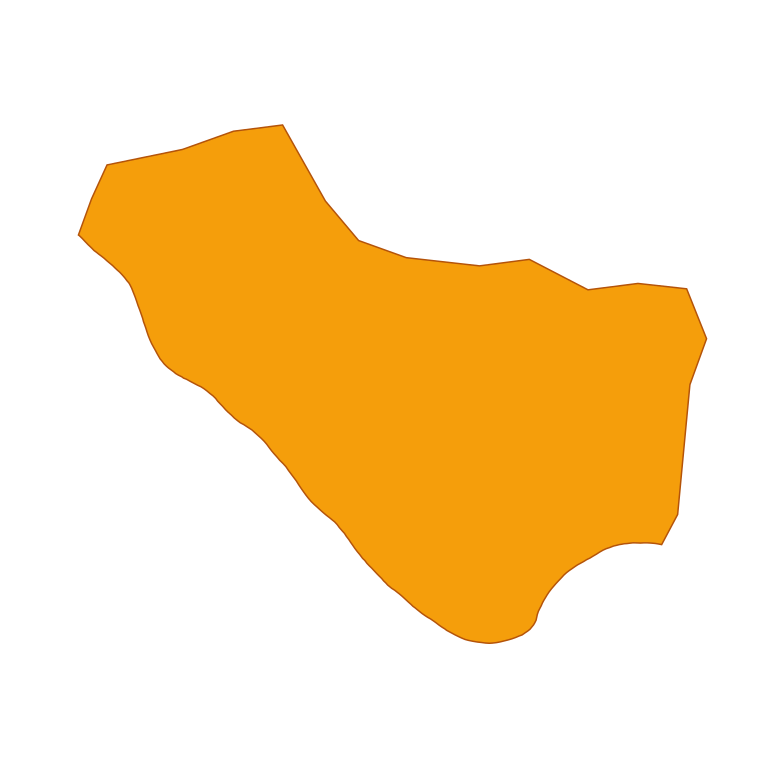 Sinuiju City, P'yŏngan-bukto, North Korea (Robinson projection), rotated 275°
{"feature_id": "82179303B65076017972610", "entity_name": "Sinuiju City", "entity_type": "district", "adm_level": 2, "iso_a3": "PRK", "parent_name": "North Korea", "parent_adm1": "P'yŏngan-bukto", "projection": "robinson", "projection_center": [124.379, 40.084], "detail": "fine", "context": "isolated", "style": "filled", "palette": "amber", "viewbox_px": 768, "rotation_deg": 275, "n_neighbors": 0, "source": "geoboundaries", "source_scale": "gbopen_adm2", "svg_char_len": 3180}
<svg xmlns="http://www.w3.org/2000/svg" viewBox="0 0 768 768"><g transform="rotate(275 384 384)"><path d="M633.2,260.4L622.7,212.0L600.1,162.8L589.1,125.9L578.1,89.0L542.9,76.5L505.8,66.6L505.2,67.6L502.6,70.8L499.8,73.9L496.9,77.2L495.9,78.5L493.8,81.1L491.7,83.5L490.0,86.3L488.3,88.8L486.8,91.3L484.9,94.2L482.6,97.2L480.5,100.2L478.2,103.5L476.1,106.0L474.3,108.3L472.4,110.9L469.9,113.7L467.2,116.5L464.4,119.0L462.5,121.0L461.0,122.1L457.4,124.3L453.2,126.4L449.0,128.5L445.0,130.3L440.8,132.1L436.5,134.2L432.5,136.0L428.5,137.8L425.1,139.0L421.9,140.5L418.8,141.9L415.6,143.2L411.5,145.0L407.4,147.1L404.0,149.0L400.4,151.4L397.6,153.3L394.8,155.1L392.2,156.9L389.5,158.8L387.4,160.9L384.9,163.2L382.9,165.6L381.2,167.9L379.6,170.5L377.9,173.3L376.3,175.5L374.9,178.4L373.6,181.8L372.4,183.8L371.5,186.9L369.6,191.1L368.1,194.7L366.5,198.5L365.3,201.9L363.5,205.3L361.6,208.3L359.4,211.4L357.3,214.7L354.9,217.6L352.5,219.7L350.1,222.4L347.7,225.2L344.6,228.4L342.2,231.3L339.8,234.6L337.0,237.9L334.7,241.3L332.8,244.3L331.4,247.7L329.5,251.2L328.5,253.1L326.7,256.5L324.1,259.9L321.7,263.1L319.3,266.3L316.7,269.4L313.8,272.4L310.7,275.1L307.7,277.8L305.1,280.4L302.2,283.5L299.0,286.7L296.3,290.0L293.1,293.5L289.5,296.4L285.7,299.8L282.6,302.6L279.8,305.1L276.2,307.8L272.5,310.8L269.3,313.5L266.3,316.1L263.4,318.8L260.5,321.8L257.8,325.1L255.5,328.2L253.4,330.9L251.3,333.7L250.2,335.2L248.3,337.9L246.4,340.9L244.2,344.1L242.4,346.8L239.9,349.6L237.1,352.0L234.3,354.9L231.8,357.6L228.8,359.9L225.9,362.6L223.2,364.7L220.5,367.0L217.8,369.2L214.7,372.0L212.0,374.7L208.4,377.9L206.6,380.2L203.9,382.6L201.6,385.2L199.5,387.8L197.6,389.9L195.8,391.9L194.0,393.9L191.9,396.4L190.0,398.7L187.9,400.7L186.0,403.1L184.0,405.2L182.6,407.3L181.1,409.5L179.5,412.6L177.5,415.6L176.5,417.2L174.6,419.9L173.1,421.9L171.0,424.6L168.9,427.3L166.9,430.0L165.0,432.3L163.7,434.5L162.1,436.8L160.3,439.5L158.7,441.9L156.9,445.0L155.3,448.0L154.1,450.7L152.3,453.9L150.7,456.6L148.7,459.7L146.8,463.0L145.4,465.8L144.1,467.8L142.8,470.8L141.7,473.4L140.3,476.6L138.8,480.5L137.7,483.5L136.6,487.0L136.0,490.3L135.5,494.5L135.1,499.4L135.0,503.4L134.8,507.6L134.9,511.6L135.4,514.8L136.2,518.7L137.3,522.5L138.3,525.4L139.7,529.5L141.2,533.4L142.9,537.1L144.7,540.5L146.1,543.5L148.4,546.2L150.4,548.7L152.4,550.8L155.2,552.7L157.1,554.0L159.2,555.0L162.0,556.1L164.4,556.4L167.6,556.8L171.0,557.6L173.8,558.7L176.9,560.0L179.7,560.9L182.7,562.2L185.1,563.4L188.2,564.9L191.3,566.6L194.6,568.7L197.1,570.5L199.9,572.5L202.5,574.5L205.5,576.9L209.4,579.9L212.1,582.4L214.3,584.8L216.6,587.6L218.8,590.2L220.8,592.7L222.5,595.3L224.5,598.3L226.7,601.2L228.6,604.4L230.7,607.2L233.1,610.6L235.3,613.4L237.6,616.7L239.3,619.7L240.8,623.2L242.6,626.8L243.5,629.6L244.5,632.4L245.1,634.8L245.8,637.2L246.2,639.9L246.9,643.0L247.5,646.0L247.7,649.3L247.9,653.4L248.4,656.7L248.7,660.3L248.8,663.8L248.8,664.6L248.8,666.6L248.8,668.0L248.6,670.8L248.2,674.6L279.6,687.9L338.9,688.3L410.0,688.8L444.9,698.1L457.2,701.4L505.2,677.2L506.3,628.2L495.6,579.0L520.8,517.9L510.0,468.8L511.8,395.2L524.7,346.2L561.1,309.7L633.2,260.4Z" fill="#f59e0b" stroke="#b45309" stroke-width="1.5"/></g></svg>